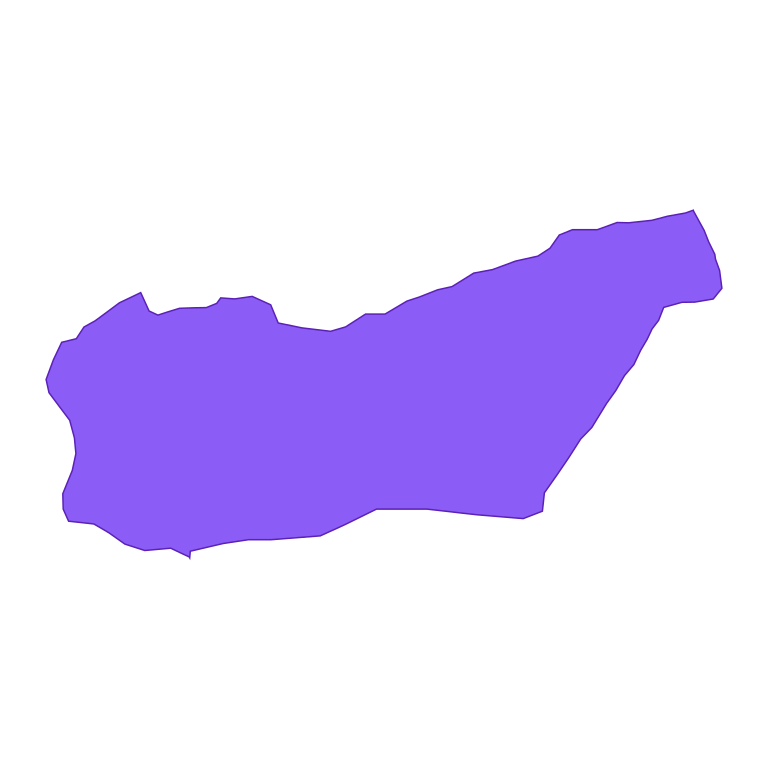 Arsos Larnakas, Cyprus, rotated 90°
{"feature_id": "46923920B32733260957571", "entity_name": "Arsos Larnakas", "entity_type": "district", "adm_level": 2, "iso_a3": "CYP", "parent_name": "Cyprus", "parent_adm1": "", "projection": "natural_earth1", "projection_center": [33.634, 35.079], "detail": "fine", "context": "isolated", "style": "filled", "palette": "violet", "viewbox_px": 768, "rotation_deg": 90, "n_neighbors": 0, "source": "geoboundaries", "source_scale": "gbopen_adm2", "svg_char_len": 1523}
<svg xmlns="http://www.w3.org/2000/svg" viewBox="0 0 768 768"><g transform="rotate(90 384 384)"><path d="M210.2,74.7L213.0,82.5L216.2,100.4L220.3,116.1L222.8,139.4L222.5,150.9L229.7,170.7L229.7,195.6L235.0,208.7L248.2,218.0L256.1,230.1L261.1,252.5L269.6,275.5L273.1,294.3L286.6,316.0L289.8,330.4L297.0,348.6L301.1,361.1L314.1,383.0L314.1,402.5L326.9,422.4L331.3,437.4L327.9,465.9L323.0,489.8L304.8,497.3L296.4,515.8L298.9,533.3L297.9,547.3L303.4,551.3L307.6,561.7L307.8,573.8L308.3,588.5L311.9,600.2L315.1,610.1L311.0,618.9L310.4,619.2L300.7,623.6L292.6,627.3L296.8,636.0L302.8,648.6L311.7,660.5L320.9,673.0L327.0,684.0L338.7,691.7L342.3,706.3L359.8,714.6L379.5,721.9L392.7,719.0L407.8,707.7L420.3,698.3L437.8,693.6L453.6,692.1L470.4,695.7L493.7,705.2L509.1,704.8L517.2,701.2L521.2,699.4L523.6,677.4L524.0,674.1L532.8,659.1L544.1,643.1L550.5,623.2L548.2,597.3L554.0,585.1L555.2,582.5L556.6,579.5L556.9,578.8L557.8,578.3L551.2,577.7L548.3,565.3L545.6,553.8L543.5,544.8L541.8,533.5L539.7,519.5L539.7,497.1L539.6,495.6L535.9,448.1L535.9,447.8L524.4,422.6L509.1,391.5L509.1,353.1L509.1,341.1L511.8,317.2L512.9,307.9L514.8,290.7L518.6,244.8L511.2,225.6L492.8,223.6L474.2,210.5L457.9,199.4L439.0,187.3L427.5,176.2L403.4,161.4L390.7,152.3L375.6,143.5L364.5,134.1L350.2,127.3L339.4,120.9L328.9,115.9L320.4,109.4L307.4,104.3L302.3,86.0L302.1,73.2L299.0,54.8L296.6,52.8L293.7,50.5L288.3,46.1L270.5,48.4L259.2,52.5L254.3,53.2L241.9,59.3L230.5,63.8L211.2,74.4L210.2,74.7Z" fill="#8b5cf6" stroke="#5b21b6" stroke-width="1.5"/></g></svg>